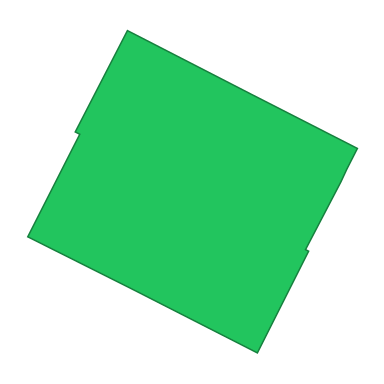 Lincoln, Nebraska, United States of America, rotated 27°
{"feature_id": "52423323B56844685522234", "entity_name": "Lincoln", "entity_type": "district", "adm_level": 2, "iso_a3": "USA", "parent_name": "United States of America", "parent_adm1": "Nebraska", "projection": "equal_earth", "projection_center": [-100.713, 41.046], "detail": "fine", "context": "isolated", "style": "filled", "palette": "green", "viewbox_px": 384, "rotation_deg": 27, "n_neighbors": 0, "source": "geoboundaries", "source_scale": "gbopen_adm2", "svg_char_len": 339}
<svg xmlns="http://www.w3.org/2000/svg" viewBox="0 0 384 384"><g transform="rotate(27 192 192)"><path d="M61.2,77.5L60.7,191.5L65.8,191.5L65.8,205.8L66.0,306.5L184.1,305.7L323.3,305.7L322.8,191.8L319.3,191.8L320.1,115.2L319.6,101.4L319.6,78.1L315.8,78.1L200.3,78.0L61.2,77.5Z" fill="#22c55e" stroke="#15803d" stroke-width="1.5"/></g></svg>